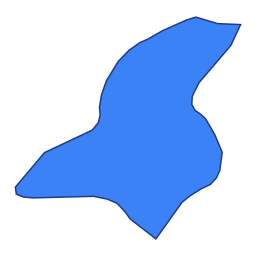 Jarash, Natural Earth projection
{"feature_id": "JOR-856", "entity_name": "Jarash", "entity_type": "Province", "adm_level": 1, "iso_a3": "JOR", "parent_name": "Jordan", "parent_adm1": "", "projection": "natural_earth1", "projection_center": [35.881, 32.225], "detail": "fine", "context": "isolated", "style": "filled", "palette": "blue", "viewbox_px": 256, "rotation_deg": 0, "n_neighbors": 0, "source": "natural_earth", "source_scale": "10m", "svg_char_len": 612}
<svg xmlns="http://www.w3.org/2000/svg" viewBox="0 0 256 256"><path d="M32.8,197.9L23.5,197.0L16.3,194.2L15.4,187.1L44.5,152.6L92.2,130.1L98.4,122.6L100.1,115.0L99.5,106.9L101.5,94.9L106.4,80.8L118.2,61.5L129.2,50.1L140.1,42.5L147.7,39.2L162.5,30.7L186.5,20.0L195.8,17.1L217.5,23.6L240.6,24.6L230.8,45.5L199.0,82.7L192.3,96.1L191.8,104.5L195.1,110.4L200.9,114.4L205.7,118.9L214.9,134.9L222.2,152.4L219.8,170.4L216.3,178.0L210.4,184.4L201.2,188.8L190.2,195.7L182.0,202.3L155.9,238.9L130.2,219.0L125.0,211.7L117.1,203.4L107.3,199.1L93.6,196.3L32.8,197.9Z" fill="#3b82f6" stroke="#1e3a8a" stroke-width="1.5"/></svg>